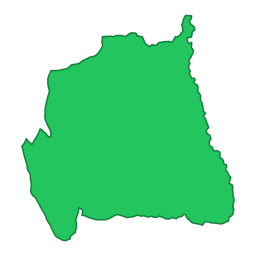 Ragonvalia, Norte de Santander, Colombia
{"feature_id": "7082276B67756005712401", "entity_name": "Ragonvalia", "entity_type": "district", "adm_level": 2, "iso_a3": "COL", "parent_name": "Colombia", "parent_adm1": "Norte de Santander", "projection": "albers", "projection_center": [-72.499, 7.601], "detail": "fine", "context": "isolated", "style": "filled", "palette": "green", "viewbox_px": 256, "rotation_deg": 0, "n_neighbors": 0, "source": "geoboundaries", "source_scale": "gbopen_adm2", "svg_char_len": 5763}
<svg xmlns="http://www.w3.org/2000/svg" viewBox="0 0 256 256"><path d="M50.8,226.7L54.0,233.3L56.1,236.6L57.3,237.5L58.9,238.2L62.2,240.0L64.6,240.6L65.9,240.6L67.0,240.1L67.8,239.5L69.0,239.5L69.7,239.3L69.9,239.1L69.9,238.6L70.4,237.5L70.6,236.4L70.9,235.5L71.4,235.1L72.3,235.0L72.6,234.5L73.4,233.7L75.3,232.6L75.2,231.2L76.1,229.4L76.1,228.1L76.5,225.7L76.2,224.6L76.5,223.6L76.0,221.2L75.6,220.3L75.5,219.8L76.3,218.3L76.8,216.0L78.3,212.4L78.5,211.6L78.2,210.4L78.4,209.9L78.7,209.7L78.7,207.8L78.9,208.0L80.3,208.8L80.8,208.7L81.0,208.5L81.4,208.7L82.8,211.1L82.8,211.5L82.3,213.2L82.0,215.2L84.8,215.8L87.0,216.5L87.7,217.1L90.7,218.2L96.3,219.7L97.2,219.8L99.6,219.7L104.3,219.8L105.6,219.7L107.6,219.1L110.9,217.7L113.7,216.0L116.5,214.7L118.4,214.8L120.7,215.3L122.6,216.1L127.3,217.6L128.3,217.5L129.8,216.9L131.4,217.1L132.1,217.0L135.0,216.1L136.8,215.2L140.5,215.9L141.1,216.2L143.0,215.8L144.3,215.9L146.8,216.8L148.3,217.0L150.8,216.4L151.9,216.3L153.5,217.2L155.0,217.4L156.1,217.4L157.7,216.9L159.3,216.1L159.7,216.1L161.1,216.9L162.1,217.1L165.7,218.8L166.7,219.0L168.2,219.0L169.9,218.7L170.5,218.5L171.2,218.0L171.9,217.8L174.1,218.0L175.5,218.6L176.4,218.7L177.4,217.7L178.7,217.1L179.5,216.8L181.3,216.6L182.0,216.3L183.9,214.3L185.1,214.7L185.5,215.0L186.7,217.5L187.4,218.6L189.9,220.6L191.4,222.2L192.5,222.8L193.5,223.1L198.9,224.1L201.0,224.5L202.6,225.2L204.5,222.0L205.5,221.9L207.4,221.8L209.0,222.0L210.0,222.5L211.3,222.9L214.8,223.0L218.0,223.6L220.9,223.9L222.1,223.8L223.5,223.1L224.7,222.8L227.1,221.5L228.2,221.3L228.1,220.6L228.7,219.7L228.8,219.3L228.6,218.4L228.7,218.0L229.2,217.1L229.6,216.8L230.4,216.7L231.1,216.1L232.3,214.8L233.0,213.7L233.2,212.6L233.2,211.2L233.8,209.5L233.3,207.6L232.7,206.4L233.2,205.1L233.2,204.2L233.6,202.1L234.1,200.8L234.2,199.5L234.1,198.9L233.6,198.0L233.2,195.9L232.9,195.2L233.1,193.4L232.5,190.1L232.7,188.3L232.5,186.9L232.7,186.1L232.3,185.0L230.9,184.3L229.6,183.4L229.1,182.8L229.2,181.9L229.9,180.7L230.4,178.9L230.6,177.2L228.7,175.0L228.1,173.9L227.5,171.8L226.4,171.2L225.8,170.2L225.7,169.7L225.8,168.8L226.7,165.9L226.6,165.2L226.3,164.7L224.8,164.3L223.8,163.7L223.6,163.4L223.6,162.1L223.3,160.6L222.8,159.8L221.9,158.7L220.4,157.9L219.9,157.2L220.0,153.8L220.0,152.9L219.6,152.1L219.0,151.5L217.8,150.9L216.9,150.8L215.3,150.9L214.5,150.8L214.0,150.7L213.3,150.3L212.5,147.4L212.1,147.0L210.0,146.0L209.6,145.2L209.0,142.0L209.4,141.1L210.5,140.0L210.7,139.5L210.7,137.7L209.9,135.4L207.4,133.6L206.9,133.0L206.5,132.3L206.4,131.3L206.7,129.8L207.0,129.3L208.0,128.4L208.4,127.7L208.6,126.9L208.2,125.9L207.7,125.1L207.1,123.4L206.5,122.2L206.1,120.2L205.4,118.6L203.1,115.9L205.2,114.0L205.4,113.5L205.4,113.0L204.9,112.4L203.7,111.7L203.1,111.0L203.4,110.0L203.2,109.0L202.8,107.8L202.9,106.8L202.7,106.2L202.0,104.7L202.1,102.9L201.1,101.7L200.5,100.1L200.5,95.5L200.0,94.4L199.2,93.1L198.3,92.8L198.0,92.2L197.8,88.9L198.0,87.2L197.5,85.2L196.2,84.6L194.5,83.1L193.9,82.2L193.8,81.4L194.1,81.0L194.8,80.6L195.0,80.2L195.0,79.7L194.5,78.4L193.8,78.2L192.4,78.3L191.7,78.2L191.3,77.8L190.7,75.9L190.4,75.3L189.5,74.4L189.5,73.0L190.3,71.2L190.0,70.6L189.2,69.7L188.9,69.0L188.9,68.4L189.1,67.8L188.7,66.9L188.6,66.3L188.6,65.7L189.9,63.7L190.0,63.2L189.8,62.7L189.2,62.2L189.0,61.3L189.2,59.7L189.9,58.5L190.6,57.8L193.4,52.0L193.3,50.8L192.8,49.2L191.7,48.1L191.3,47.3L191.7,43.6L191.7,43.0L191.5,42.4L191.1,42.4L189.2,43.7L188.8,43.5L188.3,43.0L187.1,40.1L187.3,38.5L187.7,37.9L188.4,37.5L190.8,37.5L191.3,36.8L191.9,35.0L192.1,34.0L192.1,32.4L192.8,31.5L194.4,30.2L194.8,29.8L194.7,28.8L194.4,27.4L192.6,25.4L191.8,25.0L191.0,24.3L189.8,22.4L189.6,21.5L189.3,20.9L189.4,20.5L191.0,19.3L191.2,18.8L191.2,18.3L191.7,16.2L190.5,15.5L188.2,15.7L187.5,15.6L187.0,15.4L186.4,15.4L186.0,15.5L185.0,16.3L183.7,18.6L183.5,19.7L183.1,20.7L182.8,23.0L181.7,24.3L181.6,24.7L182.7,27.6L182.7,28.2L182.3,29.3L183.1,30.5L182.9,31.5L182.4,32.1L181.2,32.8L180.7,34.3L180.2,34.9L179.2,35.7L178.5,35.9L177.6,36.9L176.5,37.1L176.1,37.0L175.7,36.7L175.4,36.7L174.9,37.7L174.4,38.2L174.0,38.9L173.2,40.8L172.7,41.4L171.7,42.0L171.0,42.1L169.2,41.5L167.6,41.5L163.2,41.8L161.6,42.3L160.0,42.3L159.1,42.6L158.2,43.2L158.0,43.4L157.3,44.6L156.8,45.0L155.7,45.2L154.7,45.1L153.4,45.3L152.6,44.7L152.0,44.6L151.7,44.8L151.4,45.6L150.9,46.0L149.2,46.0L148.0,45.5L145.8,44.0L144.6,42.5L144.1,40.8L142.3,36.8L141.1,36.5L140.0,36.6L138.0,35.7L137.2,35.8L136.9,35.7L136.8,35.2L136.5,33.8L135.3,33.3L134.6,32.7L134.1,33.0L133.5,33.2L131.6,32.7L131.0,32.9L130.2,33.5L129.3,33.7L128.5,34.2L126.7,35.9L126.0,36.2L125.4,36.3L124.3,36.3L121.4,35.5L117.8,35.5L115.8,35.7L114.1,36.5L113.2,36.6L110.5,36.2L102.4,36.6L102.4,39.0L101.9,41.1L101.9,42.8L102.6,44.3L102.4,46.4L100.6,49.8L99.6,51.0L98.1,53.4L96.0,55.1L94.1,56.3L90.4,57.0L88.7,57.7L86.9,58.8L82.3,60.9L79.0,63.5L76.5,64.1L72.7,64.6L71.0,65.1L69.5,66.8L68.6,67.6L66.8,68.5L64.9,69.1L58.3,70.5L51.1,70.7L50.8,70.9L48.4,76.8L47.9,78.8L47.9,84.2L48.4,87.2L49.0,88.7L49.3,90.9L49.0,93.3L47.7,96.9L47.1,99.7L46.5,101.8L45.2,108.0L44.9,116.8L45.1,118.9L45.4,120.1L48.0,126.0L49.5,128.8L50.8,132.0L51.0,134.3L50.5,137.1L49.0,136.8L48.3,136.5L47.5,135.7L45.0,132.6L43.3,131.6L42.6,130.2L41.3,129.8L40.4,128.9L40.1,129.1L39.7,130.0L38.7,133.0L36.5,136.8L34.1,140.4L33.6,141.5L32.1,144.3L31.8,144.4L31.5,144.2L29.9,142.7L28.5,141.7L27.8,140.5L26.3,138.9L24.5,142.9L21.8,146.5L22.7,148.8L24.0,155.0L26.8,164.3L27.6,169.8L28.5,171.4L29.6,173.2L30.2,175.0L30.5,179.0L30.9,181.5L31.5,184.2L31.1,186.8L30.9,189.7L30.8,191.9L31.3,193.0L32.9,195.6L34.6,197.0L35.8,198.3L37.5,201.6L39.8,205.3L40.1,206.5L41.0,208.1L44.0,212.8L46.1,217.2L46.4,218.7L46.8,219.8L47.5,220.7L48.5,222.8L50.0,224.6L50.8,226.7Z" fill="#22c55e" stroke="#15803d" stroke-width="1.5"/></svg>